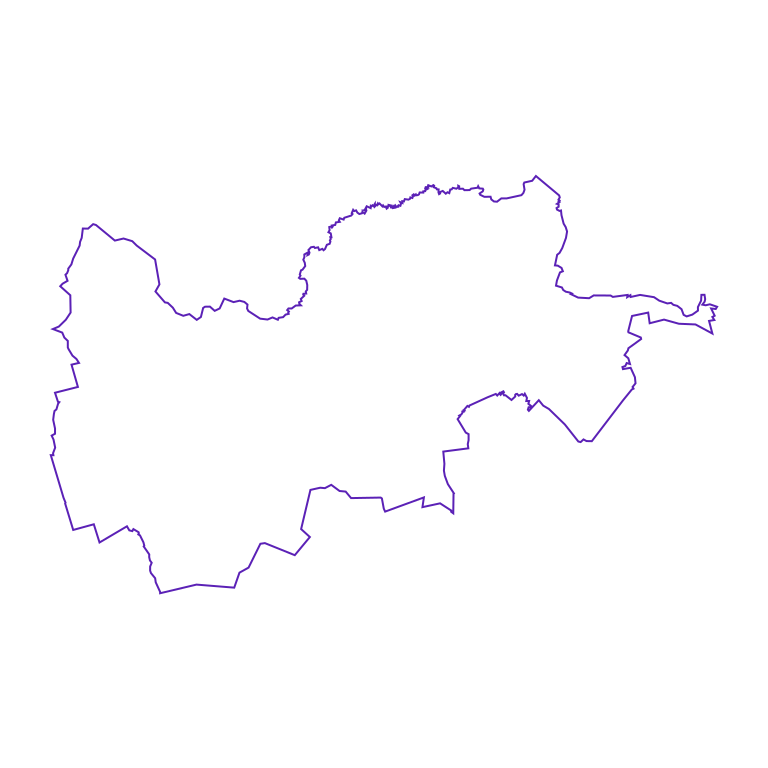 outline of Gudenieku pag., Kuldigas, Latvia, rotated 179°
{"feature_id": "27541924B44633167106619", "entity_name": "Gudenieku pag.", "entity_type": "district", "adm_level": 2, "iso_a3": "LVA", "parent_name": "Latvia", "parent_adm1": "Kuldigas", "projection": "albers", "projection_center": [21.583, 56.889], "detail": "fine", "context": "isolated", "style": "outline", "palette": "violet", "viewbox_px": 768, "rotation_deg": 179, "n_neighbors": 0, "source": "geoboundaries", "source_scale": "gbopen_adm2", "svg_char_len": 6138}
<svg xmlns="http://www.w3.org/2000/svg" viewBox="0 0 768 768"><g transform="rotate(179 384 384)"><path d="M704.9,270.1L697.3,243.5L676.6,248.8L671.2,230.5L643.5,246.2L641.2,242.1L638.2,241.3L637.1,243.3L632.0,240.1L631.7,239.2L632.3,237.9L630.6,236.9L627.3,229.9L626.5,226.5L627.1,225.8L621.7,217.7L621.8,215.0L621.1,211.7L619.4,209.3L621.0,205.6L621.1,201.5L620.3,199.0L616.2,193.8L615.7,189.7L611.5,180.1L611.5,178.7L575.0,186.7L537.3,183.0L531.8,197.9L522.6,202.8L510.4,226.4L505.9,227.0L476.2,214.4L460.8,232.3L469.4,240.4L459.4,279.4L449.6,281.4L444.9,280.9L438.5,284.1L430.3,277.8L424.2,277.1L418.9,270.5L389.3,270.5L388.1,269.6L386.4,259.4L385.1,256.4L346.1,269.9L347.7,260.2L330.0,263.7L319.0,256.3L319.1,255.1L317.0,253.5L316.4,273.1L316.0,273.4L321.9,282.8L324.8,291.1L325.6,296.3L325.0,303.1L325.9,315.4L300.8,318.2L301.3,322.4L300.4,326.4L300.3,332.4L303.1,334.0L311.0,347.6L308.6,350.5L309.3,351.1L307.2,352.2L305.9,354.2L306.1,355.0L304.7,355.1L305.0,356.1L304.0,356.2L304.4,356.8L301.0,360.6L299.5,359.7L298.9,361.0L280.7,368.9L272.4,372.1L271.0,370.5L268.4,373.2L267.9,372.8L268.6,372.1L267.6,371.1L266.8,372.2L267.0,373.5L264.8,374.6L264.2,373.6L265.2,372.5L264.2,370.6L262.7,370.6L256.8,365.8L253.0,369.2L253.0,370.9L252.3,371.6L251.1,371.8L249.5,370.0L246.2,371.5L244.5,370.0L243.4,371.8L241.3,367.6L242.0,364.5L239.2,364.5L240.0,361.7L237.3,359.4L237.8,358.2L239.8,358.2L240.6,355.8L239.6,354.6L229.5,365.1L225.2,359.6L219.5,356.1L203.9,340.4L190.7,323.1L188.4,322.5L185.5,325.1L182.5,323.4L177.2,323.2L145.3,363.5L136.3,374.2L134.6,375.0L135.5,376.7L132.5,380.3L133.0,386.4L137.1,395.9L144.8,394.7L145.3,396.8L142.4,397.8L141.0,400.7L137.7,399.7L139.3,405.5L143.0,408.7L139.6,413.3L139.0,415.5L126.1,424.5L126.4,426.0L138.7,431.4L138.9,432.5L134.8,447.7L118.6,450.8L117.3,440.1L102.9,443.5L88.1,439.1L71.5,438.1L54.8,428.7L57.9,441.4L52.6,442.2L54.5,445.3L52.2,446.5L55.6,453.8L51.0,453.2L49.6,455.4L56.8,458.0L61.0,457.1L64.3,457.8L62.0,460.7L61.4,463.2L62.0,467.6L65.1,467.6L65.5,461.8L68.8,455.4L68.8,451.9L74.5,448.0L80.2,446.3L83.2,447.9L85.2,453.6L89.4,457.0L93.3,458.1L95.5,460.1L99.3,459.6L107.3,462.5L112.5,466.1L126.4,468.6L135.9,466.7L136.1,468.5L139.3,466.6L138.9,468.8L153.7,467.1L155.9,468.5L172.8,468.9L177.4,466.2L188.4,467.0L195.6,470.6L194.6,471.2L196.6,472.2L200.6,473.1L203.2,474.9L204.4,477.4L210.3,479.3L209.3,484.4L206.1,492.5L203.2,493.6L204.5,497.0L208.2,499.3L211.0,499.6L208.6,510.2L206.2,512.0L203.4,516.8L199.5,526.9L198.3,533.3L199.6,537.7L201.6,541.2L203.6,549.7L204.0,554.4L205.5,554.0L208.0,555.4L208.4,556.9L206.3,558.2L206.3,560.5L207.9,561.1L205.3,562.9L206.2,563.7L205.3,564.4L206.3,565.3L205.0,567.5L205.6,569.5L228.5,589.3L232.3,584.6L240.2,583.0L240.9,581.4L240.1,575.8L241.3,572.6L243.3,570.4L258.3,567.4L263.5,567.5L267.8,564.3L270.9,564.6L273.5,566.7L274.2,569.4L280.4,569.4L284.5,571.5L285.1,572.8L281.9,574.9L281.3,576.6L281.8,577.6L285.3,577.9L286.4,580.1L287.1,578.6L293.5,577.8L295.0,576.4L300.2,576.4L301.7,577.9L305.3,577.8L305.4,580.4L306.3,580.9L306.3,579.3L308.2,578.0L311.8,578.9L313.0,577.4L314.4,577.3L315.4,573.7L317.2,574.6L318.9,573.2L321.9,576.0L324.9,574.8L324.6,573.5L325.6,572.9L326.2,574.7L326.0,577.6L327.8,577.7L328.2,578.8L330.9,579.9L330.4,581.4L331.2,582.0L333.2,580.7L336.3,582.0L336.5,581.4L335.7,580.9L336.3,580.1L338.9,580.1L339.3,579.1L337.1,578.3L339.5,577.0L339.5,576.1L341.4,575.9L341.4,574.7L345.0,574.9L345.7,573.0L346.9,572.3L348.6,572.1L348.9,573.0L350.2,571.9L351.0,573.1L352.3,572.2L351.8,571.0L352.4,569.5L354.4,570.1L354.7,568.8L356.3,567.9L360.0,568.5L360.9,566.2L362.5,566.5L362.4,564.6L364.5,565.5L363.8,564.1L364.5,561.9L366.3,562.5L366.8,562.0L366.7,561.0L368.4,560.8L369.7,562.5L370.5,561.5L369.8,560.1L371.7,559.8L371.4,561.3L371.8,561.8L372.8,560.3L373.9,560.3L374.3,561.4L373.9,562.4L376.3,563.0L376.3,561.9L377.3,561.6L377.1,560.2L378.3,559.3L379.2,561.4L380.7,561.0L381.8,562.6L382.5,561.6L385.3,564.6L386.2,563.9L386.9,564.7L387.6,562.9L388.3,563.3L390.0,561.7L390.0,564.3L391.5,562.0L392.5,562.9L393.5,561.7L394.1,562.2L394.3,560.1L398.2,562.0L399.5,559.7L398.8,559.6L398.8,558.4L400.7,558.1L398.8,557.3L400.4,554.7L402.6,556.5L403.0,555.1L405.7,554.4L407.6,555.8L408.9,558.1L410.8,557.4L411.8,558.7L413.3,555.3L412.5,554.5L413.8,553.0L420.8,550.9L421.5,549.1L425.3,550.5L426.3,548.4L425.4,546.9L429.3,546.4L430.0,543.9L433.2,543.4L432.6,542.2L433.3,541.4L433.9,542.4L436.0,541.9L435.7,538.8L436.9,536.7L434.6,535.5L434.0,531.7L435.1,531.7L434.7,529.9L435.6,528.5L435.1,527.3L435.9,525.1L438.7,524.2L440.6,520.0L442.1,518.8L443.3,520.2L446.4,519.0L447.5,521.8L450.7,521.2L451.7,522.4L454.6,522.0L457.2,519.3L456.2,516.6L456.9,514.8L458.2,514.2L457.7,515.9L458.1,516.7L461.4,514.9L461.4,512.1L462.5,509.7L461.1,506.6L460.7,503.3L463.5,499.7L465.0,499.1L466.3,494.9L465.6,493.8L467.2,491.6L465.9,490.6L461.8,490.7L459.9,488.6L459.0,484.3L459.2,479.5L460.6,477.9L460.2,475.8L463.0,475.6L463.2,474.8L462.2,473.6L465.7,470.5L464.9,468.4L467.5,467.2L467.2,465.6L465.8,464.1L470.9,464.0L475.0,461.1L478.2,461.2L479.5,459.6L477.8,458.1L478.5,457.1L478.1,455.8L481.2,455.1L483.7,452.6L488.2,452.0L489.0,450.1L494.3,452.5L499.3,450.5L506.7,451.5L518.4,459.4L519.6,461.9L519.1,465.8L522.2,468.5L526.9,469.8L533.0,468.5L542.2,472.2L547.0,462.4L552.0,460.1L556.7,464.4L561.6,464.4L563.5,463.2L565.9,454.2L570.1,451.4L577.4,457.3L583.5,455.7L590.6,458.7L593.8,464.0L598.8,468.9L601.6,469.4L610.9,480.5L606.8,487.5L610.7,512.5L628.8,526.7L633.2,531.2L641.9,534.0L650.6,532.1L669.2,548.0L672.0,548.9L677.2,544.5L682.4,544.7L683.7,535.4L685.4,531.4L685.9,527.7L692.6,514.8L694.5,509.0L697.7,504.8L697.7,503.3L698.9,500.4L700.6,498.8L698.6,492.7L703.6,489.9L706.0,487.4L696.1,478.2L696.1,460.9L701.0,453.8L708.1,447.1L714.1,444.7L704.8,441.0L702.8,436.0L699.4,432.6L699.5,426.0L698.7,424.2L695.0,417.8L691.1,414.4L688.6,410.4L696.1,408.8L690.1,386.4L713.1,381.0L710.3,371.9L709.0,371.5L710.2,370.0L712.0,364.3L713.9,362.8L714.6,359.6L715.4,354.0L713.7,345.2L713.8,340.0L717.2,338.2L715.4,334.2L713.9,326.1L716.1,320.6L715.8,318.6L718.4,318.7L706.4,275.8L704.5,270.9L704.9,270.1Z" fill="none" stroke="#5b21b6" stroke-width="2"/></g></svg>